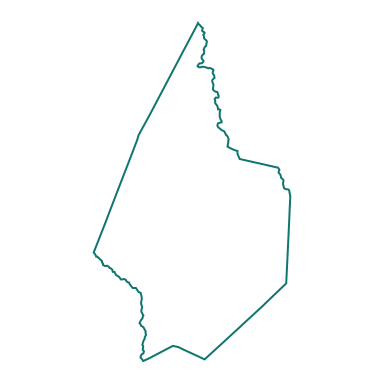 outline of Chapadinha, Maranhão, Brazil
{"feature_id": "56859067B20875466335569", "entity_name": "Chapadinha", "entity_type": "district", "adm_level": 2, "iso_a3": "BRA", "parent_name": "Brazil", "parent_adm1": "Maranhão", "projection": "mercator", "projection_center": [-43.47, -3.772], "detail": "fine", "context": "isolated", "style": "outline", "palette": "teal", "viewbox_px": 384, "rotation_deg": 0, "n_neighbors": 0, "source": "geoboundaries", "source_scale": "gbopen_adm2", "svg_char_len": 3196}
<svg xmlns="http://www.w3.org/2000/svg" viewBox="0 0 384 384"><path d="M264.8,303.9L286.2,283.4L286.6,275.2L287.3,260.9L289.2,220.8L289.6,210.7L290.3,196.2L289.5,192.4L289.2,190.3L288.0,189.3L286.6,189.3L285.2,188.9L284.0,188.1L283.7,186.7L283.1,184.5L283.0,183.0L283.5,181.2L283.3,179.8L282.6,179.0L281.7,178.5L281.0,177.6L280.8,176.0L280.4,174.8L279.7,173.8L278.6,172.8L278.7,171.4L279.4,170.2L278.9,168.9L278.0,167.7L257.5,163.0L255.1,162.5L239.7,159.0L237.5,154.0L237.5,152.6L237.5,151.0L234.3,150.0L231.2,148.6L227.5,146.7L227.8,145.4L227.9,144.1L228.4,142.0L228.2,140.6L228.7,139.6L228.4,138.5L227.8,137.0L227.0,135.6L226.1,135.0L225.7,133.9L225.0,133.1L224.6,131.9L223.6,130.9L222.1,130.4L220.9,129.5L219.8,128.5L218.3,127.3L217.5,126.2L217.5,124.9L217.9,123.5L219.0,122.9L221.6,122.3L221.6,121.1L220.3,118.8L219.7,116.6L219.8,114.7L219.7,113.0L219.9,111.4L220.4,110.1L219.6,109.4L218.0,109.3L217.9,108.1L217.5,106.6L217.0,105.3L216.1,104.4L215.1,102.8L215.3,101.2L214.9,99.7L214.8,98.6L216.0,97.5L217.3,97.8L218.4,97.5L218.8,96.0L218.0,94.6L217.8,93.1L217.0,91.8L215.6,91.7L214.1,90.7L212.9,89.5L213.1,87.9L213.3,86.4L213.5,84.8L212.9,83.2L212.3,81.9L212.2,80.3L213.1,79.1L214.5,77.9L214.1,75.3L213.0,74.0L212.7,72.6L213.0,71.3L213.5,70.4L212.9,69.3L211.8,68.9L210.8,68.3L209.7,67.9L208.3,68.3L206.9,67.7L205.5,67.3L204.3,66.9L202.3,66.7L200.7,67.3L198.8,67.2L197.5,66.1L198.4,64.6L199.4,63.4L201.0,63.4L202.1,63.0L203.3,62.0L203.4,60.6L202.2,59.4L201.5,57.9L201.9,55.8L203.1,54.3L204.1,53.6L204.0,52.4L204.3,51.0L203.6,49.7L204.1,48.4L204.9,46.8L205.8,46.2L206.3,45.0L206.5,43.4L206.9,41.3L206.1,40.2L204.9,39.3L204.0,38.1L204.0,36.4L203.3,34.9L204.3,33.7L204.6,32.6L203.7,31.9L202.7,31.5L202.0,30.6L202.5,29.3L202.8,28.1L201.8,27.2L200.9,26.5L200.2,25.4L199.0,24.5L198.0,23.0L196.2,26.7L193.3,32.2L182.8,52.0L175.6,65.7L162.8,90.0L149.7,114.9L138.6,135.1L137.3,139.7L126.9,166.8L125.2,171.1L117.0,192.3L109.7,211.4L105.2,223.2L93.7,252.5L94.6,253.5L95.8,255.5L96.2,256.7L97.4,256.7L98.0,257.5L99.1,258.3L99.8,259.2L101.0,260.2L102.0,261.1L102.0,262.4L103.0,263.6L103.1,265.0L104.4,265.8L105.5,266.0L107.2,265.8L108.6,266.6L109.7,268.0L111.1,268.5L112.2,269.6L112.8,271.8L114.5,271.9L115.1,273.3L115.9,274.8L117.6,276.0L119.1,276.9L120.2,278.4L121.0,279.5L122.4,279.4L123.8,279.0L125.1,279.5L126.0,280.0L126.4,281.1L127.6,282.2L129.0,282.5L129.6,284.0L131.6,286.7L132.6,287.9L134.1,288.0L135.9,288.0L136.7,289.2L137.3,290.2L138.5,292.0L140.6,292.8L141.0,294.4L141.5,295.9L141.6,297.1L141.8,298.6L141.7,299.7L141.4,300.8L141.2,302.0L141.1,304.0L141.6,305.4L142.2,306.8L141.8,308.5L141.4,310.2L141.3,311.6L142.1,313.1L142.8,314.5L143.4,315.4L142.8,316.4L142.6,318.1L141.8,319.1L141.0,320.1L140.2,321.6L139.5,323.1L140.7,324.5L141.0,325.7L143.4,327.2L145.7,331.5L145.5,333.1L146.0,334.6L145.6,335.8L144.8,337.0L144.7,338.8L143.7,340.3L143.2,341.8L142.7,343.5L142.3,344.8L143.2,346.0L143.1,347.3L142.7,349.7L143.9,351.1L143.4,353.4L141.7,354.3L140.6,356.4L140.6,357.8L141.5,358.6L143.2,361.0L149.0,358.4L172.8,345.9L178.4,347.1L183.9,349.8L200.0,357.2L204.6,359.4L215.1,349.8L240.8,326.2L242.2,324.8L243.0,324.1L263.1,305.6L264.8,303.9Z" fill="none" stroke="#0f766e" stroke-width="2"/></svg>